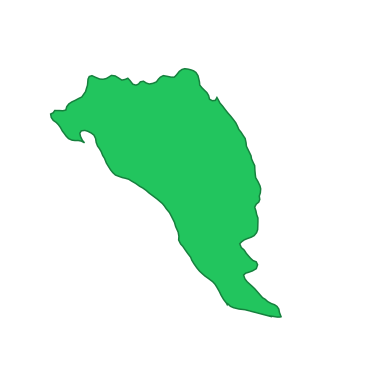 V-1 Mahaica/Mahaicony, Mahaica-Berbice, Guyana (Robinson projection), rotated 146°
{"feature_id": "73187651B37503921444880", "entity_name": "V-1 Mahaica/Mahaicony", "entity_type": "district", "adm_level": 2, "iso_a3": "GUY", "parent_name": "Guyana", "parent_adm1": "Mahaica-Berbice", "projection": "robinson", "projection_center": [-57.895, 6.278], "detail": "fine", "context": "isolated", "style": "filled", "palette": "green", "viewbox_px": 384, "rotation_deg": 146, "n_neighbors": 0, "source": "geoboundaries", "source_scale": "gbopen_adm2", "svg_char_len": 2893}
<svg xmlns="http://www.w3.org/2000/svg" viewBox="0 0 384 384"><g transform="rotate(146 192 192)"><path d="M122.9,291.5L124.6,293.9L126.6,296.1L129.1,298.3L131.8,299.2L135.1,299.1L139.5,297.7L142.5,297.1L145.2,299.0L147.6,301.5L150.7,304.5L154.0,304.9L156.8,304.3L159.9,303.2L163.5,303.9L167.0,305.4L168.9,307.8L170.3,311.0L173.2,312.2L176.0,311.4L178.7,311.9L180.8,314.5L181.1,319.1L181.6,322.2L184.4,322.7L187.6,324.0L189.2,327.8L190.8,331.2L193.6,333.7L196.8,333.8L199.6,334.0L202.7,335.2L205.3,337.2L207.9,341.1L209.9,344.4L212.6,345.2L215.1,343.7L217.1,341.2L219.0,338.9L221.2,337.2L224.2,334.7L226.9,333.7L230.2,332.4L233.6,332.9L237.7,333.3L241.3,333.9L244.9,333.9L248.1,332.8L250.8,330.5L253.7,331.6L256.3,333.6L260.2,336.3L262.8,335.3L265.6,335.7L267.0,332.5L267.0,329.0L265.7,325.7L265.1,322.4L265.0,319.0L265.4,315.1L265.2,311.9L265.1,308.6L264.5,305.3L262.5,302.1L260.1,300.0L257.5,298.3L255.3,296.1L253.6,292.9L254.0,296.1L253.4,300.3L252.2,303.4L249.6,304.6L246.4,303.0L244.5,300.7L242.5,297.1L241.5,294.0L242.0,290.3L243.7,286.7L244.6,282.9L244.5,279.5L244.7,276.3L245.6,272.2L245.7,268.8L246.8,263.9L247.0,259.4L247.1,255.8L246.8,252.3L246.0,248.9L244.2,246.3L241.7,242.9L239.7,240.8L237.3,237.9L236.0,234.9L233.9,230.6L232.2,226.0L230.6,222.9L229.2,219.2L228.2,215.3L226.9,211.6L225.9,208.7L224.8,205.5L224.0,202.6L223.0,199.0L222.7,195.9L222.7,192.6L222.2,187.4L222.7,183.0L223.5,176.7L224.9,172.4L225.9,166.5L227.7,162.5L229.9,159.7L230.5,155.2L230.0,152.1L230.0,148.0L229.9,143.5L229.6,138.7L230.3,135.6L230.5,131.3L230.4,126.2L230.0,122.2L229.1,118.3L228.2,114.9L226.6,110.7L225.0,106.0L224.5,102.7L224.6,99.2L225.0,94.0L225.6,90.2L225.9,85.1L225.6,80.6L225.8,78.9L224.9,79.4L224.1,75.8L222.3,72.9L218.5,68.7L213.9,64.8L196.5,45.0L196.5,45.5L191.3,40.7L188.9,39.1L187.9,38.8L186.9,43.1L185.5,46.4L185.5,49.6L186.6,52.4L188.6,55.1L190.5,58.8L191.3,62.1L192.6,64.9L193.1,68.6L193.6,72.7L194.1,76.7L194.9,80.3L195.8,83.9L196.5,86.9L196.7,90.5L195.7,94.3L192.9,94.7L190.1,93.8L186.1,92.8L181.6,92.5L178.3,95.0L177.8,98.2L179.8,101.2L180.5,104.2L180.9,107.2L181.3,110.8L181.2,114.6L182.2,118.4L181.4,122.4L178.6,123.0L175.4,123.1L172.0,122.4L168.1,121.4L164.8,121.1L161.2,122.2L158.6,124.1L156.7,126.7L153.9,130.6L151.9,133.6L151.0,137.2L149.6,140.5L148.5,144.4L145.5,146.0L142.3,146.3L140.0,147.9L138.5,151.0L135.8,153.1L133.3,156.2L132.2,159.1L131.5,163.7L131.2,168.3L129.6,171.4L127.8,174.7L125.3,178.8L124.8,182.3L124.1,186.2L122.8,189.1L122.2,193.1L121.8,196.1L121.3,199.5L119.6,202.7L118.0,206.7L118.0,210.3L117.9,214.1L118.2,217.7L117.5,221.2L117.0,225.0L117.2,229.0L117.5,232.9L118.1,237.7L118.4,241.7L118.6,246.0L119.1,250.2L118.7,253.4L118.5,256.4L121.4,254.9L124.1,256.3L125.6,259.1L124.3,262.7L124.1,266.1L124.8,269.4L125.5,273.0L125.8,276.3L124.3,279.0L123.2,281.8L122.0,285.1L121.9,288.9L122.9,291.5Z" fill="#22c55e" stroke="#15803d" stroke-width="1.5"/></g></svg>